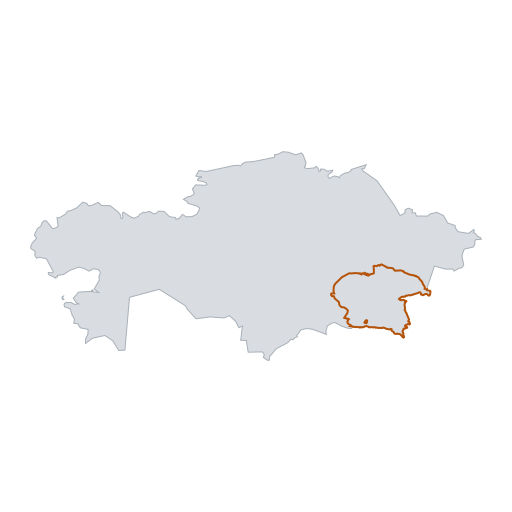 Almaty on a map of Kazakhstan (Natural Earth projection)
{"feature_id": "KAZ-3207", "entity_name": "Almaty", "entity_type": "Region", "adm_level": 1, "iso_a3": "KAZ", "parent_name": "Kazakhstan", "parent_adm1": "", "projection": "natural_earth1", "projection_center": [78.658, 44.747], "detail": "fine", "context": "in_parent", "style": "outline", "palette": "amber", "viewbox_px": 512, "rotation_deg": 0, "n_neighbors": 0, "source": "natural_earth", "source_scale": "10m", "svg_char_len": 8661}
<svg xmlns="http://www.w3.org/2000/svg" viewBox="0 0 512 512"><path d="M297.4,336.7L294.7,337.9L293.1,339.8L291.2,339.2L287.4,342.9L276.4,348.6L269.6,356.6L269.3,360.2L267.5,360.3L263.4,357.5L264.3,354.4L262.3,351.9L248.2,352.2L246.3,340.4L240.7,340.3L242.4,326.1L238.9,327.7L235.8,321.5L229.3,315.7L224.0,318.0L210.0,316.9L196.0,318.8L187.2,309.1L185.7,305.9L159.3,289.3L129.5,297.3L124.9,350.1L118.7,350.5L112.8,340.8L104.9,335.5L92.5,338.2L85.5,343.5L85.6,338.9L87.9,334.2L88.1,329.4L80.3,327.8L77.5,323.6L73.9,323.4L74.4,319.0L72.1,315.1L70.2,308.8L64.7,306.9L64.0,304.9L64.7,303.2L66.1,302.6L71.2,302.5L74.6,304.4L78.8,303.9L76.3,302.7L73.3,298.3L78.6,292.1L90.1,291.4L98.7,292.5L94.2,289.0L99.3,280.2L98.9,276.2L100.4,273.4L99.5,270.8L98.0,269.4L93.2,268.8L89.1,271.1L83.6,268.3L78.8,267.1L69.9,270.4L63.5,274.5L57.3,275.5L57.3,277.1L56.5,276.7L55.5,277.4L55.7,278.1L49.2,274.9L48.2,273.7L48.4,272.5L52.5,272.9L53.4,271.9L46.3,258.6L38.9,257.3L36.7,258.2L34.8,255.3L35.1,251.2L31.0,248.7L30.7,246.4L32.2,243.1L36.6,238.3L34.5,235.2L35.0,233.3L37.6,228.4L40.7,226.3L42.1,222.5L44.3,220.7L46.5,221.0L52.3,228.3L53.4,228.7L57.1,227.3L58.2,226.1L57.0,217.7L59.0,217.9L65.1,214.4L67.5,211.2L71.1,210.5L76.8,207.8L82.8,202.2L86.7,203.3L88.3,205.7L91.2,205.6L98.3,202.4L101.7,205.6L110.0,205.6L118.0,211.8L120.7,215.4L120.9,218.2L121.8,218.8L123.0,217.1L122.3,213.1L123.5,212.2L130.8,217.0L134.2,218.2L138.4,216.3L139.6,214.5L143.7,212.1L145.0,212.6L149.4,211.4L153.9,213.9L156.2,213.4L158.5,211.1L164.1,211.4L169.4,216.6L175.5,217.6L176.1,219.4L179.4,218.2L182.4,214.4L186.2,216.8L191.9,216.6L196.9,214.3L199.5,209.1L199.3,207.8L197.3,206.2L187.8,203.3L187.1,201.6L183.4,199.3L188.0,196.7L190.7,196.3L194.4,193.7L192.4,189.0L195.7,184.9L205.7,185.3L206.9,184.5L206.3,183.0L202.6,181.4L197.8,180.6L197.4,179.9L198.3,178.4L201.6,177.3L201.1,176.5L198.6,176.9L195.8,176.0L199.0,170.5L206.4,171.5L233.9,165.5L238.9,165.3L240.6,166.1L242.4,163.7L245.0,162.2L253.0,161.6L273.9,157.4L274.9,156.3L274.5,154.8L278.0,154.2L282.9,151.7L288.3,152.2L295.5,154.8L301.5,152.9L303.3,155.3L305.9,162.5L305.4,165.8L304.3,167.2L304.7,167.8L307.3,168.6L314.4,167.9L316.4,166.3L318.5,169.1L319.1,171.6L320.6,170.8L320.4,169.5L321.0,168.9L324.1,169.3L327.5,171.3L332.7,170.2L332.3,171.7L328.2,174.8L327.9,176.3L329.2,178.4L334.1,176.0L337.8,176.6L339.3,177.8L340.5,175.6L344.6,173.2L348.8,172.2L350.5,171.2L351.1,169.5L366.2,164.7L364.2,168.8L361.7,168.7L362.3,170.4L377.0,180.8L394.4,205.5L400.1,215.5L404.9,213.1L405.1,209.8L408.2,208.2L412.5,209.7L412.0,212.8L415.4,212.9L416.3,216.0L427.6,216.1L430.4,213.8L436.9,212.4L443.4,215.5L447.7,223.0L455.1,225.5L455.3,227.8L458.0,231.7L468.5,233.4L473.8,229.5L474.4,230.6L473.3,232.5L475.4,233.5L477.6,236.4L480.2,237.4L481.3,239.2L475.6,239.7L474.8,241.3L474.8,244.7L473.0,247.1L464.2,249.1L461.9,255.7L463.7,265.1L461.8,267.8L459.1,268.2L454.1,271.1L452.7,269.1L445.5,269.1L434.4,266.1L426.8,288.7L426.9,289.8L430.2,291.2L430.3,293.0L429.2,295.4L426.3,294.1L422.7,294.9L419.8,292.2L401.4,297.1L399.3,298.9L400.7,300.1L403.7,300.0L406.2,301.3L404.8,303.6L404.9,310.2L408.3,317.8L408.5,321.5L409.9,323.6L409.5,324.4L407.9,324.1L405.4,325.3L405.3,326.3L407.1,327.7L403.2,329.7L402.8,331.3L403.9,336.9L403.4,337.6L400.1,334.4L394.4,333.4L391.0,329.2L366.6,326.3L353.5,326.8L351.1,328.6L348.0,328.3L341.8,326.2L334.9,322.5L332.0,323.1L327.4,325.9L325.8,331.8L326.5,334.4L312.8,329.4L306.9,328.5L301.1,329.8L296.8,335.4L297.4,336.7ZM63.9,299.3L62.9,299.7L61.9,298.1L62.4,296.6L63.4,296.1L62.4,298.0L63.9,299.3ZM93.0,291.3L92.0,291.1L91.6,290.5L92.9,289.8L93.0,291.3Z" fill="#d9dde1" stroke="#a8b0b8" stroke-width="1"/><path d="M426.6,289.3L426.5,289.6L426.9,290.2L427.3,290.3L429.0,290.6L430.2,291.0L430.4,291.3L430.4,291.8L430.4,292.4L430.2,293.7L429.9,294.7L429.4,295.5L428.7,295.6L428.1,295.3L427.2,294.3L426.6,294.0L426.1,293.9L425.5,294.0L423.3,295.0L422.8,295.2L422.3,295.0L422.1,294.7L421.9,294.6L421.1,294.5L421.0,294.4L420.9,294.2L420.9,293.9L420.8,293.4L420.6,292.8L420.3,292.4L419.9,292.4L419.5,292.3L419.0,292.4L418.1,293.0L413.7,294.3L412.7,294.8L412.3,294.9L411.8,294.9L410.4,295.4L410.1,295.4L409.2,295.2L408.6,295.2L406.8,295.8L406.0,295.7L405.8,295.7L405.6,295.9L405.3,296.4L405.2,296.6L404.9,296.6L404.0,296.6L403.2,296.9L402.4,296.7L401.9,296.8L401.5,297.0L401.0,297.3L399.9,298.2L399.4,298.4L399.2,298.6L399.0,299.0L399.3,299.4L400.7,300.2L401.2,300.2L403.2,299.8L403.5,299.9L403.8,300.0L404.3,300.4L406.2,301.0L406.3,301.1L406.4,301.3L406.3,301.5L406.2,301.6L405.4,301.8L405.0,301.9L404.8,302.2L404.8,302.4L404.9,302.5L405.1,302.7L405.1,302.9L405.1,303.1L404.9,303.4L404.6,304.5L404.5,305.1L404.6,305.6L405.0,307.7L405.1,308.2L404.8,309.3L404.7,309.8L404.7,310.1L404.9,310.3L405.3,310.6L405.4,310.9L405.5,311.1L405.5,311.4L405.5,311.7L405.6,312.0L405.8,312.3L406.3,312.8L407.6,316.1L409.0,319.3L409.0,319.8L408.8,320.2L408.2,321.2L408.4,321.5L408.8,321.6L409.3,321.8L409.4,322.0L409.5,322.2L409.5,322.5L409.6,322.8L409.6,323.0L409.9,323.5L409.9,323.8L409.9,324.1L409.7,324.3L409.2,324.5L409.0,324.4L408.4,324.0L408.0,324.0L407.5,324.2L406.6,324.8L405.6,325.2L405.1,325.5L405.0,325.9L405.2,326.3L405.6,326.6L406.4,326.9L406.9,327.0L407.1,327.1L407.2,327.4L407.2,327.7L406.9,327.8L406.4,327.9L405.5,328.2L405.3,328.4L404.7,328.6L404.1,328.5L403.8,328.6L403.5,328.9L403.3,329.8L403.1,330.2L402.7,330.8L402.6,331.0L402.5,331.4L402.6,331.6L402.7,331.8L402.8,332.4L402.9,332.6L403.2,333.0L403.4,333.3L403.3,333.6L403.2,333.9L403.2,334.1L403.5,335.2L403.5,335.4L403.7,335.7L403.8,335.9L404.0,336.9L404.0,337.2L403.8,337.4L403.4,337.6L402.9,337.3L402.5,336.9L402.2,336.4L401.8,335.9L401.1,335.3L400.7,334.7L400.0,334.2L397.5,333.7L397.0,333.7L396.1,333.9L395.0,333.8L394.4,333.6L394.1,333.2L393.6,332.0L393.2,331.7L392.3,331.3L391.9,330.9L391.7,330.6L391.6,330.3L391.5,330.0L391.5,329.7L391.6,329.2L391.2,328.9L390.8,329.0L389.9,329.4L389.4,329.4L389.0,329.3L388.2,329.2L387.3,328.9L385.9,328.7L385.7,328.6L385.4,328.3L384.9,328.1L383.8,327.7L383.0,327.6L382.5,327.7L382.3,327.8L381.9,328.0L381.7,328.1L381.4,328.1L380.9,327.9L380.7,327.9L380.2,327.9L379.7,327.9L378.5,328.0L377.9,327.9L377.3,327.6L377.0,327.5L376.8,327.5L376.5,327.5L376.4,327.5L376.2,327.7L375.9,327.8L375.8,327.7L375.7,327.6L375.6,327.4L374.8,327.3L374.1,327.2L373.8,327.3L373.2,327.5L372.8,327.4L372.6,327.3L372.4,327.2L372.0,327.2L371.6,327.1L371.3,327.1L370.8,327.3L370.4,327.4L369.3,327.2L369.1,327.2L368.9,327.2L368.7,327.2L368.2,326.6L367.7,326.4L366.4,326.2L366.2,326.1L365.5,326.3L365.0,326.3L364.8,326.3L364.6,326.5L364.3,326.7L364.2,326.8L363.9,326.8L363.4,327.2L363.1,327.2L362.6,327.2L362.2,327.4L361.7,327.4L361.1,327.2L360.8,327.1L360.6,327.2L360.2,327.5L359.9,327.5L359.8,327.3L359.7,327.2L359.3,327.3L359.2,327.3L358.2,327.1L357.2,327.1L356.3,326.9L356.0,326.9L355.3,327.1L355.0,327.1L354.1,326.8L353.7,326.8L353.1,326.8L352.7,326.5L350.5,326.2L351.3,325.7L350.4,324.9L349.1,324.4L348.1,323.7L347.8,323.1L347.6,322.8L347.5,322.3L347.3,321.6L348.1,320.2L348.9,319.2L347.9,318.7L346.9,318.7L346.5,318.3L346.1,318.4L345.2,318.2L344.2,317.8L347.2,313.3L347.7,312.0L347.8,310.4L346.9,309.4L345.8,308.4L343.9,307.4L341.4,307.1L339.8,305.6L339.2,304.1L339.0,302.2L334.8,298.5L334.3,297.6L334.1,296.4L333.0,296.1L331.9,296.1L331.0,294.8L331.4,293.5L334.2,293.4L333.9,292.7L333.7,291.9L333.5,289.6L333.9,286.1L335.4,283.6L341.9,277.2L349.2,273.3L351.8,273.4L354.7,273.1L357.7,273.2L359.5,273.7L360.1,273.6L360.4,273.8L360.4,273.5L361.3,274.0L361.6,274.2L361.7,273.8L361.7,273.7L361.8,273.7L362.0,273.5L362.5,273.3L363.3,273.5L363.5,273.5L363.7,273.4L364.0,273.2L364.0,273.3L364.0,273.5L363.9,273.7L364.0,273.9L364.3,274.1L365.4,274.5L366.0,274.9L366.3,275.0L366.0,274.6L365.6,274.1L365.2,273.6L365.1,273.2L365.3,273.1L365.5,273.2L366.1,273.8L366.3,273.9L366.7,273.8L367.3,273.7L367.8,273.9L368.2,274.2L368.5,274.8L368.5,275.0L368.8,275.2L369.6,275.0L369.7,274.8L369.9,274.6L370.0,274.4L370.2,274.2L370.5,274.1L371.4,274.1L372.2,273.8L372.6,273.8L372.8,273.7L373.8,273.3L373.9,271.3L373.6,266.2L374.4,265.8L376.6,266.2L377.7,265.4L378.8,265.0L379.5,265.7L381.3,264.4L384.5,265.9L385.4,266.6L386.5,266.8L387.2,267.7L388.9,267.9L389.9,267.8L392.9,268.3L394.9,270.7L400.8,270.4L403.6,271.3L403.7,272.0L404.5,272.5L409.4,274.5L412.5,275.2L413.7,275.2L414.5,275.6L414.8,276.0L416.0,275.9L416.4,276.2L416.5,276.5L418.6,277.4L419.1,278.5L422.2,282.0L423.0,284.3L424.1,285.7L424.8,287.4L424.6,288.8L426.3,289.4L426.6,289.3L426.6,289.3ZM366.3,323.2L366.8,322.7L367.1,321.8L367.1,320.5L366.7,320.2L366.0,320.3L365.6,320.7L365.2,321.2L364.9,321.7L364.6,322.0L364.5,322.7L365.0,323.0L365.7,323.0L366.3,323.2Z" fill="none" stroke="#b45309" stroke-width="2"/></svg>